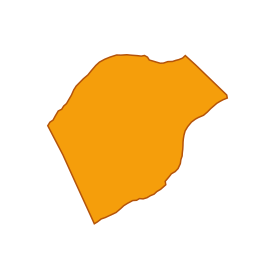 Novo Gama, Goiás, Brazil, rotated 44°
{"feature_id": "56859067B18027266556468", "entity_name": "Novo Gama", "entity_type": "district", "adm_level": 2, "iso_a3": "BRA", "parent_name": "Brazil", "parent_adm1": "Goiás", "projection": "equal_earth", "projection_center": [-48.065, -16.126], "detail": "fine", "context": "isolated", "style": "filled", "palette": "amber", "viewbox_px": 256, "rotation_deg": 44, "n_neighbors": 0, "source": "geoboundaries", "source_scale": "gbopen_adm2", "svg_char_len": 1279}
<svg xmlns="http://www.w3.org/2000/svg" viewBox="0 0 256 256"><g transform="rotate(44 128 128)"><path d="M194.6,142.6L191.8,140.5L191.5,135.6L191.0,130.8L192.2,126.6L192.2,122.4L190.4,117.3L188.0,114.0L186.4,110.6L184.3,108.1L182.1,105.2L179.6,102.3L177.3,99.8L175.4,97.4L173.3,94.4L171.1,90.4L170.0,85.6L169.5,79.7L170.3,74.8L171.3,71.6L173.5,66.4L174.0,61.3L174.0,56.7L174.4,52.2L174.7,48.6L175.7,44.9L176.8,41.5L178.6,37.5L176.1,35.7L170.3,35.7L166.1,35.7L163.1,35.7L158.6,35.7L155.8,35.7L153.1,35.7L148.8,35.7L144.7,35.7L140.8,35.7L137.6,35.7L132.7,35.7L118.9,36.1L118.7,39.8L117.1,43.4L115.5,46.0L113.8,49.2L110.5,52.6L108.4,56.7L106.2,59.0L103.0,60.7L99.5,62.5L96.1,64.3L92.8,63.5L89.5,64.4L87.6,67.1L84.4,69.5L80.1,73.1L76.3,76.1L72.3,80.5L69.1,83.4L65.9,89.3L63.5,94.7L61.7,100.4L61.4,105.3L61.8,112.1L62.3,117.7L61.7,123.4L61.6,133.8L62.5,138.2L64.5,143.7L65.9,149.5L66.8,153.1L66.5,156.9L67.3,160.6L66.0,164.2L67.2,169.3L68.6,174.4L67.8,178.0L68.7,182.1L99.8,192.5L127.8,203.6L163.8,217.7L170.3,220.3L171.2,216.9L171.9,212.0L173.8,208.3L178.1,197.1L178.7,191.0L178.9,186.9L179.9,182.8L181.8,176.9L184.4,174.0L185.3,170.8L188.1,168.5L190.1,165.0L191.1,161.2L192.7,157.5L192.9,153.7L194.1,149.2L194.6,142.6Z" fill="#f59e0b" stroke="#b45309" stroke-width="1.5"/></g></svg>